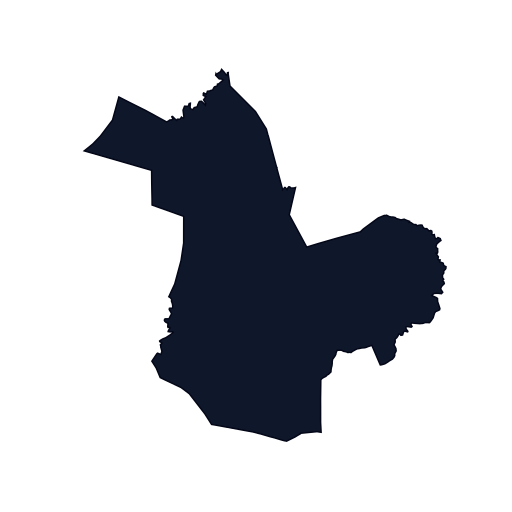 outline of Cosoltepec, Oaxaca, Mexico, rotated 283°
{"feature_id": "50627088B93922556769206", "entity_name": "Cosoltepec", "entity_type": "district", "adm_level": 2, "iso_a3": "MEX", "parent_name": "Mexico", "parent_adm1": "Oaxaca", "projection": "albers", "projection_center": [-97.794, 18.142], "detail": "fine", "context": "isolated", "style": "filled", "palette": "ink", "viewbox_px": 512, "rotation_deg": 283, "n_neighbors": 0, "source": "geoboundaries", "source_scale": "gbopen_adm2", "svg_char_len": 5107}
<svg xmlns="http://www.w3.org/2000/svg" viewBox="0 0 512 512"><g transform="rotate(283 256 256)"><path d="M331.6,279.1L330.9,277.9L330.6,276.8L330.2,275.4L330.1,274.8L330.7,273.9L330.9,273.1L330.9,272.5L330.5,272.2L329.9,271.9L328.7,271.5L327.6,271.3L327.7,271.0L328.1,270.6L328.8,269.8L329.3,269.1L329.3,268.7L329.1,268.4L328.0,268.0L327.4,267.7L327.0,267.1L326.7,267.0L346.7,256.3L346.6,256.6L347.0,256.5L347.1,256.1L360.1,249.2L372.6,242.6L376.0,240.8L376.6,240.3L377.7,239.8L382.1,237.5L396.7,222.9L415.8,192.4L427.3,187.9L428.5,187.7L428.2,187.0L427.2,187.0L425.5,187.4L425.7,186.1L427.7,184.0L430.1,180.5L427.7,180.0L424.0,176.4L424.5,176.0L423.1,176.0L420.3,180.3L420.7,182.7L420.1,184.5L415.3,180.9L414.8,179.8L413.0,180.0L411.5,177.5L410.0,176.9L408.0,176.5L406.9,174.3L405.9,173.2L406.0,172.6L405.6,171.6L402.5,171.3L403.1,168.3L402.5,168.1L400.6,168.5L400.0,171.3L396.4,169.8L393.5,172.6L391.6,172.7L393.7,169.6L394.5,168.0L393.9,166.2L393.3,165.9L390.0,165.2L388.3,165.2L387.5,164.1L387.3,163.5L386.7,162.4L384.4,161.6L384.7,158.9L387.0,158.1L389.1,157.9L390.1,157.7L389.5,156.6L387.2,156.4L386.5,156.0L385.9,152.7L381.7,152.1L375.2,154.5L374.4,154.4L373.8,153.9L374.6,152.1L372.2,151.4L371.6,148.6L370.3,148.3L370.9,146.9L373.2,143.3L372.9,142.7L372.0,143.1L371.0,144.4L369.9,143.6L369.0,141.2L368.2,140.7L366.5,138.8L373.0,115.6L377.1,98.5L380.1,86.6L356.1,85.6L350.8,83.2L337.8,77.4L328.3,71.7L319.8,65.0L316.0,135.0L303.2,138.1L287.7,142.0L282.3,143.3L278.4,176.6L276.8,177.0L252.3,182.6L234.7,184.0L218.3,183.4L210.4,183.1L201.9,181.3L197.5,180.4L196.7,180.2L196.1,181.9L194.9,183.5L193.0,183.8L190.6,185.3L188.8,186.0L187.4,186.4L186.3,186.3L185.8,183.9L185.5,183.4L184.3,183.5L181.6,186.1L180.6,186.7L177.8,185.9L176.3,185.6L175.2,185.2L174.4,181.9L173.9,181.2L172.7,181.2L171.9,181.8L171.2,183.0L170.6,185.4L167.3,185.9L166.8,186.2L166.6,186.4L167.1,187.6L166.7,188.6L165.1,187.9L163.4,187.4L162.6,187.4L162.7,189.3L163.5,191.8L162.9,192.5L161.3,191.3L159.6,189.9L156.1,186.5L154.3,183.9L152.5,182.0L151.5,181.2L150.9,181.5L150.6,182.7L149.9,183.9L147.9,182.8L146.7,183.6L146.0,183.6L141.9,185.8L138.6,185.4L139.2,182.0L138.5,181.4L130.1,178.2L124.4,184.0L116.0,190.0L114.6,196.1L111.0,212.6L106.8,222.0L90.6,241.8L89.8,242.6L81.9,250.6L82.1,253.6L82.5,262.2L83.6,286.8L83.9,292.6L83.8,296.4L83.7,298.2L83.7,300.8L83.6,302.1L83.1,310.4L83.0,315.1L82.6,320.7L82.5,322.4L82.4,324.8L82.5,327.5L88.5,334.8L90.3,336.6L92.8,339.3L93.3,339.3L98.6,355.0L98.7,356.5L98.8,358.0L98.9,359.1L108.3,356.4L124.7,352.6L131.5,351.0L150.0,347.0L151.7,348.0L153.2,349.6L154.4,351.1L155.5,351.8L156.3,352.2L156.9,353.1L157.7,353.7L159.0,354.5L159.9,355.1L161.1,354.9L162.4,354.7L164.6,354.6L166.0,354.7L168.6,354.4L170.4,354.0L172.7,353.9L174.7,354.8L176.2,355.4L177.3,355.7L178.2,355.9L179.7,355.8L182.5,356.3L182.7,357.6L183.1,358.8L183.4,360.5L183.1,361.7L182.8,362.9L182.9,364.1L182.9,365.8L182.6,367.2L183.2,368.8L183.3,370.3L184.7,371.4L185.9,372.7L187.0,373.9L188.2,375.3L189.1,377.5L190.1,379.5L190.6,381.1L191.1,382.7L192.0,384.3L192.7,385.2L195.0,389.0L180.1,399.9L177.8,401.6L178.2,402.7L179.0,404.2L180.0,405.9L181.3,407.2L182.6,408.5L183.8,409.5L186.2,412.1L188.6,413.3L190.1,413.6L192.0,413.1L195.0,413.9L197.2,413.2L199.1,411.7L200.5,410.4L203.5,411.0L206.2,410.2L208.2,411.6L210.1,412.3L212.0,412.7L212.4,413.6L211.8,414.3L211.3,415.0L212.0,416.6L214.9,416.8L215.9,417.3L216.3,418.0L216.2,419.8L216.2,420.8L216.8,420.9L217.7,419.8L218.4,419.0L219.5,418.2L220.5,418.1L221.3,419.3L221.6,423.3L222.4,423.9L224.6,422.0L225.8,422.9L226.2,426.2L226.5,428.1L226.9,430.7L227.9,433.8L229.2,435.8L230.1,440.1L232.3,441.2L235.7,442.5L240.5,442.8L242.2,443.5L243.7,445.6L244.9,447.0L246.2,447.0L249.1,445.3L252.5,443.2L255.5,442.4L256.1,440.9L257.0,436.2L259.4,437.6L260.2,440.0L260.6,441.8L260.8,443.4L261.0,445.2L262.7,446.1L265.1,443.6L266.1,443.3L267.9,443.6L269.4,444.4L271.4,445.7L273.0,444.9L273.6,443.6L274.7,443.7L275.6,444.1L276.9,442.6L278.3,442.3L279.7,441.9L280.7,442.5L281.7,442.8L283.8,442.3L285.6,443.5L286.7,443.8L288.4,443.5L288.6,442.2L289.0,441.1L291.1,440.0L291.4,438.4L291.5,436.3L293.6,436.3L293.3,434.7L294.0,434.0L296.2,433.9L297.5,432.4L299.2,430.8L299.6,432.1L300.8,432.2L302.4,431.7L304.1,431.3L304.6,429.8L305.3,429.4L306.0,429.2L307.3,429.3L308.5,429.5L309.4,430.1L310.8,431.1L312.0,432.0L312.7,432.7L314.4,431.6L314.7,430.3L314.9,429.1L313.7,428.4L313.3,427.0L314.6,426.0L317.0,424.9L316.3,423.5L317.2,422.2L318.5,422.2L319.8,421.7L320.2,420.6L319.4,418.9L319.9,418.1L321.1,416.3L320.7,414.7L320.7,413.8L321.6,412.3L323.4,410.9L323.3,409.7L322.7,408.0L321.7,405.9L322.6,404.8L322.2,402.8L322.6,401.4L323.1,400.3L323.5,399.0L323.2,397.7L324.3,397.8L324.6,395.3L324.9,393.5L325.2,392.1L324.2,390.0L323.8,389.1L323.9,387.6L324.0,386.5L324.0,384.5L324.8,382.9L324.8,380.8L324.4,378.8L324.4,376.7L324.9,375.1L325.1,373.9L324.6,373.1L324.4,371.9L320.7,366.7L319.0,365.2L306.5,354.5L303.0,352.2L297.6,342.1L291.4,330.5L282.1,313.8L276.1,303.4L281.1,299.0L291.2,290.1L303.7,279.1L310.5,279.1L324.5,279.1L331.6,279.1Z" fill="#0f172a" stroke="#020617" stroke-width="1.5"/></g></svg>